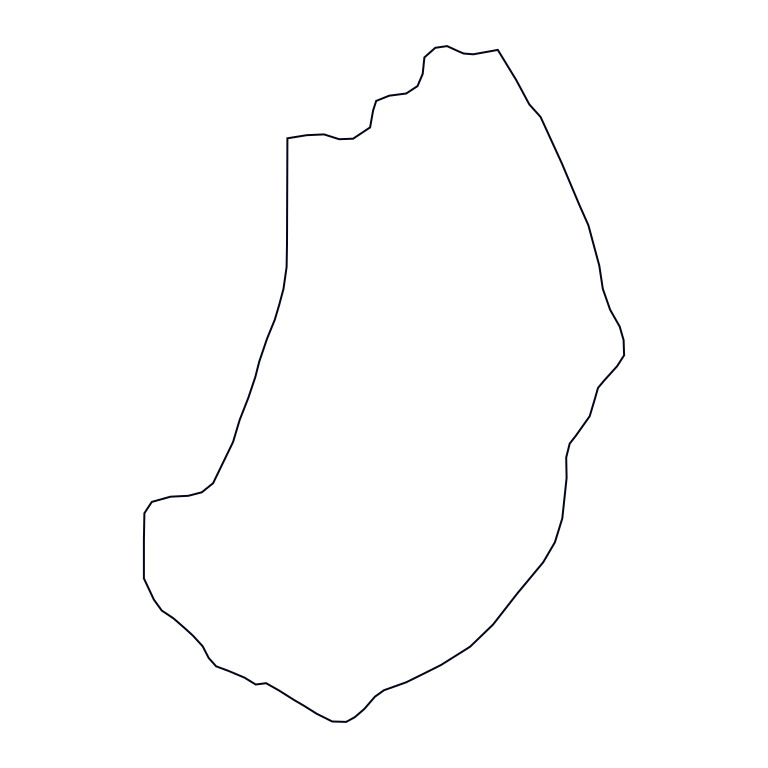 outline of Djouori-Agnili, Haut-Ogooué, Gabon
{"feature_id": "22940354B21948278538135", "entity_name": "Djouori-Agnili", "entity_type": "district", "adm_level": 2, "iso_a3": "GAB", "parent_name": "Gabon", "parent_adm1": "Haut-Ogooué", "projection": "orthographic", "projection_center": [13.959, -1.472], "detail": "fine", "context": "isolated", "style": "outline", "palette": "ink", "viewbox_px": 768, "rotation_deg": 0, "n_neighbors": 0, "source": "geoboundaries", "source_scale": "gbopen_adm2", "svg_char_len": 1217}
<svg xmlns="http://www.w3.org/2000/svg" viewBox="0 0 768 768"><path d="M497.8,49.9L490.1,51.3L473.2,54.3L463.6,53.5L458.4,51.3L447.1,46.1L435.3,47.8L424.4,57.4L422.7,73.9L417.5,86.1L406.2,93.5L389.2,95.7L376.2,100.9L373.1,110.5L370.1,127.4L353.1,138.7L339.2,139.2L324.0,134.4L306.6,135.2L287.4,138.3L287.0,244.0L286.6,267.0L283.5,288.8L279.2,304.9L274.8,319.7L267.0,338.8L259.2,361.8L255.3,377.1L248.3,397.9L239.6,420.1L233.1,441.9L213.1,483.2L201.8,492.3L188.3,495.8L170.5,496.7L151.8,501.9L144.4,513.2L143.9,540.2L143.9,578.4L153.9,599.7L161.8,610.6L173.5,618.4L183.5,627.1L192.7,635.4L202.7,646.3L208.7,658.0L216.1,666.3L228.7,671.0L244.4,677.6L255.7,684.5L266.1,683.2L279.2,690.6L294.4,700.2L304.0,705.8L316.6,713.7L332.2,721.5L346.2,721.9L354.9,717.1L364.4,708.9L374.9,696.7L384.0,690.2L406.2,682.3L421.0,675.0L441.0,665.0L470.1,646.7L493.1,624.5L517.5,593.2L543.2,562.3L554.9,542.3L562.3,518.4L566.6,478.0L566.2,457.5L569.7,443.6L575.8,435.8L589.7,416.2L594.9,398.8L598.0,387.9L604.1,380.6L617.1,366.2L624.1,355.3L623.6,340.1L619.7,326.6L610.1,309.7L602.8,288.8L599.3,265.7L588.4,225.3L579.3,204.8L561.9,163.5L540.6,117.0L529.3,104.4L516.2,80.0L497.8,49.9Z" fill="none" stroke="#020617" stroke-width="2"/></svg>